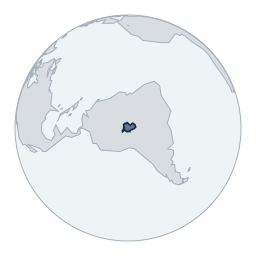 Rondônia on an orthographic globe, rotated 308°
{"feature_id": "BRA-595", "entity_name": "Rondônia", "entity_type": "State", "adm_level": 1, "iso_a3": "BRA", "parent_name": "Brazil", "parent_adm1": "", "projection": "orthographic", "projection_center": [-63.452, -10.832], "detail": "fine", "context": "on_globe", "style": "filled", "palette": "slate", "viewbox_px": 256, "rotation_deg": 308, "n_neighbors": 0, "source": "natural_earth", "source_scale": "10m", "svg_char_len": 8201}
<svg xmlns="http://www.w3.org/2000/svg" viewBox="0 0 256 256"><g transform="rotate(308 128 128)"><circle cx="128" cy="128" r="113" fill="#eef3f6" stroke="#a8b0b8"/><path d="M94.8,20.4L97.1,20.2L99.2,19.5L101.6,19.3L104.9,18.6L104.5,19.1L107.4,18.2L107.1,17.9L108.3,17.5L110.1,17.2L110.0,17.6L109.1,17.8L110.0,17.8L109.2,18.2L110.7,17.8L110.3,18.5L113.4,17.4L115.5,17.6L114.5,18.2L111.0,18.7L100.0,22.5L97.9,23.9L98.5,25.0L107.2,25.8L106.4,27.3L108.0,29.1L110.1,27.7L109.6,26.0L113.9,24.3L112.8,22.8L114.4,22.0L114.8,20.5L118.6,20.3L122.2,21.0L122.1,22.4L123.7,22.8L126.9,21.4L129.8,24.2L137.0,26.8L137.3,27.8L132.3,29.4L124.3,29.4L117.7,33.0L125.9,30.4L126.6,33.5L128.4,34.0L130.6,33.8L131.9,32.7L133.0,33.8L125.3,36.4L124.2,35.4L126.7,34.5L122.9,34.7L117.7,37.1L118.5,38.8L109.8,41.7L110.2,43.0L108.6,44.6L108.5,42.2L108.5,46.8L98.5,53.1L98.3,62.6L94.2,55.6L90.1,55.2L85.1,56.0L84.9,57.5L78.5,57.3L72.2,61.5L69.2,69.6L70.8,75.4L78.0,74.5L80.5,70.7L86.1,69.3L81.4,79.3L90.9,79.7L89.5,87.2L92.2,90.9L97.2,89.5L102.2,91.0L106.0,86.4L112.1,83.7L112.1,89.9L115.6,84.1L118.8,87.0L131.0,86.6L130.1,88.0L140.3,95.6L151.6,99.3L154.2,104.1L152.9,106.9L156.8,108.0L156.9,109.9L172.8,114.2L181.0,120.0L180.8,126.9L174.0,134.3L168.0,151.2L155.8,156.1L152.9,163.1L143.6,173.3L136.2,172.2L138.5,177.6L134.5,180.7L129.7,180.9L129.0,184.7L125.5,184.7L128.0,187.2L122.7,192.2L124.7,196.3L120.9,200.3L122.4,202.7L120.8,202.7L119.3,203.6L119.3,204.9L114.3,202.8L112.3,197.4L113.8,194.6L111.7,194.2L114.6,187.1L112.5,188.6L112.2,178.2L114.8,169.6L115.6,145.6L113.0,141.0L104.3,136.0L93.8,119.8L96.4,112.8L94.2,109.9L101.4,100.1L99.7,91.7L97.1,90.7L94.5,94.1L86.1,89.6L83.3,83.7L59.2,77.9L57.1,75.5L57.7,70.8L53.3,58.5L53.5,70.9L51.1,69.0L49.9,64.9L51.4,63.3L51.8,57.2L50.1,55.7L52.9,48.6L62.2,38.8L62.2,39.6L64.4,37.4L64.5,36.4L64.1,36.4L71.9,30.3L72.0,30.3L79.4,26.4L87.0,23.1L94.8,20.4ZM97.4,66.0L108.3,70.1L101.8,71.1L103.1,70.1L100.4,68.3L95.3,66.9L89.7,68.5L97.4,66.0ZM103.0,60.2L101.1,59.9L103.0,59.8L103.0,60.2ZM63.5,36.6L64.3,36.6L63.3,38.1L62.4,38.2L63.5,36.6ZM65.6,34.4L66.7,33.8L64.1,35.7L64.3,35.4L65.6,34.4ZM112.6,20.8L113.7,20.7L113.1,21.0L112.6,20.8ZM111.8,20.4L110.3,20.9L109.7,20.7L110.6,20.4L111.8,20.4ZM113.7,19.8L108.8,20.5L107.8,20.3L110.3,19.1L113.7,19.8ZM106.2,18.0L106.6,18.3L104.5,18.4L106.2,18.0ZM102.9,18.2L104.1,18.0L103.0,18.3L105.4,17.7L104.6,18.3L96.5,20.0L96.8,19.8L99.5,19.1L98.6,19.3L102.9,18.2ZM108.6,17.4L106.9,17.7L107.1,17.4L110.4,16.9L109.3,17.1L108.6,17.4ZM110.2,17.0L112.1,16.6L113.8,16.5L110.2,17.2L110.2,17.0ZM105.7,17.7L105.9,17.6L106.9,17.4L105.7,17.7ZM120.6,16.2L118.6,16.3L118.6,16.1L120.6,16.2ZM112.7,16.5L112.1,16.6L111.9,16.6L113.5,16.3L112.7,16.5ZM109.0,17.0L108.9,17.0L109.0,17.0ZM114.3,16.2L115.8,16.1L119.6,15.8L113.7,16.4L114.3,16.2L114.3,16.2ZM112.3,16.5L113.1,16.3L112.4,16.5L110.6,16.7L111.2,16.6L112.3,16.5ZM122.8,207.4L114.8,203.6L119.2,205.3L121.8,203.1L126.2,206.1L122.8,207.4ZM130.7,201.9L134.0,200.9L135.0,201.5L132.9,202.5L130.7,201.9ZM207.4,48.1L204.5,45.3L206.5,47.4L211.4,52.3L212.6,53.7L215.3,56.9L212.6,53.7L204.7,46.0L203.5,46.3L207.2,53.8L205.4,54.0L201.4,51.8L194.7,43.4L199.6,44.0L197.2,41.6L191.7,37.7L193.6,38.4L191.9,37.0L193.3,37.3L190.8,34.8L191.5,35.1L186.2,31.5L188.0,32.7L189.1,33.4L191.8,35.1L199.9,41.3L207.4,48.1ZM182.9,29.7L177.2,26.7L182.9,29.7ZM226.6,182.4L224.2,186.3L221.4,189.5L220.3,187.6L222.9,183.5L226.3,174.7L232.3,154.5L235.4,146.4L236.4,139.7L235.3,123.7L235.7,116.0L234.7,112.3L233.1,112.3L231.6,108.0L230.4,107.4L220.5,107.6L215.8,101.8L206.1,85.6L206.7,80.0L203.8,73.2L205.1,54.1L208.8,56.0L213.6,56.0L214.8,57.1L217.9,61.6L224.5,69.9L223.8,68.7L227.7,75.6L231.1,82.7L234.1,90.1L236.5,97.7L238.4,105.4L239.7,113.3L240.4,121.2L240.6,129.1L240.3,137.0L239.4,144.9L237.9,152.7L235.9,160.4L233.3,168.0L230.2,175.3L226.6,182.4ZM208.6,63.9L209.5,65.8L208.6,63.9ZM131.4,86.6L132.9,87.8L130.9,87.8L131.4,86.6ZM100.8,73.6L103.1,73.5L104.3,74.4L102.5,74.8L100.8,73.6ZM121.2,72.8L124.0,73.3L121.0,73.8L121.2,72.8ZM110.1,70.7L118.9,72.7L113.2,74.6L107.6,73.5L111.5,72.8L110.1,70.7ZM101.6,63.4L103.0,63.7L102.5,64.7L101.6,63.4ZM104.4,60.1L103.8,60.2L103.2,59.4L104.4,60.1ZM127.1,33.3L127.7,33.1L130.0,33.2L128.8,33.7L127.1,33.3ZM140.5,31.3L141.9,33.3L140.1,32.1L138.8,32.9L133.3,31.8L137.2,28.2L136.4,29.9L140.5,31.3ZM127.1,29.7L130.1,30.5L126.6,29.8L127.1,29.7ZM181.3,30.4L183.3,31.3L184.9,32.6L184.0,33.2L181.6,31.3L181.3,30.4ZM185.6,32.4L178.7,28.3L179.0,28.1L180.0,28.9L180.9,29.1L182.8,30.4L189.9,34.6L191.8,36.1L189.0,35.8L188.8,34.9L186.9,34.0L185.6,32.4ZM160.4,21.4L157.4,20.5L161.9,21.0L164.2,21.9L163.4,22.3L160.2,21.6L160.4,21.4ZM119.2,17.9L117.7,18.1L117.8,17.9L119.0,17.6L119.2,17.9ZM119.7,16.3L125.5,17.1L124.2,17.3L129.2,18.0L127.6,18.8L124.4,18.2L126.9,19.6L123.4,19.5L125.5,20.4L118.5,19.1L115.4,19.3L119.5,18.7L121.0,17.9L120.8,17.6L117.8,17.0L111.9,17.4L112.5,16.9L114.5,16.5L116.0,16.3L115.2,16.6L117.8,16.2L117.7,16.5L119.7,16.3ZM147.4,17.0L147.6,17.1L149.2,17.4L148.7,17.4L150.7,17.8L149.4,17.6L152.8,18.4L150.0,17.8L151.0,18.2L153.2,18.5L146.8,19.3L146.2,20.6L147.3,22.2L142.4,21.4L138.2,19.7L135.2,17.9L136.4,17.0L134.0,17.0L133.8,16.6L135.8,16.8L132.7,16.4L133.1,16.2L130.4,15.6L125.6,15.5L124.5,15.5L126.6,15.4L124.0,15.4L126.6,15.4L137.0,15.7L147.4,17.0ZM123.3,15.5L120.1,15.7L116.4,16.0L117.7,15.8L118.1,15.8L119.1,15.7L118.7,15.7L123.3,15.5ZM214.0,55.7L214.5,56.1L214.8,56.4L216.6,58.6L214.0,55.7ZM208.7,50.4L208.9,50.4L211.6,53.3L211.0,53.0L208.7,50.4ZM206.7,48.0L208.7,50.1L207.3,48.8L206.7,48.0Z" fill="#d9dde1" stroke="#a8b0b8" stroke-width="1"/><path d="M124.2,127.1L124.3,127.1L124.4,126.9L124.5,126.8L124.4,126.7L124.4,126.4L124.4,126.2L124.3,125.8L124.2,125.8L124.2,125.7L124.1,125.8L124.0,126.0L123.9,126.0L123.7,126.0L123.6,125.9L123.4,125.9L123.4,126.0L123.4,125.9L123.3,126.0L123.2,125.9L123.0,126.0L122.9,126.0L122.7,126.0L122.4,126.1L122.2,126.2L121.8,126.2L121.5,126.1L121.6,125.9L121.8,125.8L121.9,125.7L122.0,125.7L122.3,125.4L122.3,125.2L122.5,125.2L122.8,125.3L123.1,125.2L123.2,125.3L123.3,125.4L123.5,125.5L123.7,125.4L123.9,125.2L124.0,125.2L124.1,125.3L124.2,125.2L124.3,125.1L124.6,124.9L124.6,125.0L124.8,125.3L124.9,125.2L125.0,125.1L125.1,124.9L125.1,124.7L125.3,124.5L125.4,124.4L125.5,124.4L125.8,124.5L125.8,124.4L126.0,124.3L126.4,124.3L126.5,124.3L126.7,124.1L126.7,123.8L126.8,123.8L127.0,123.7L127.1,123.4L126.9,123.3L127.0,123.3L127.0,123.2L127.3,123.0L127.4,122.9L127.5,122.8L127.7,122.7L127.8,122.7L127.7,122.6L127.8,122.4L129.1,122.5L129.4,122.5L129.5,122.7L129.5,122.8L129.7,123.0L129.8,123.2L130.0,123.1L130.1,123.3L130.2,123.6L130.3,123.6L130.5,123.6L130.5,123.8L130.6,124.0L130.8,124.0L131.0,124.2L131.1,123.9L131.3,123.9L131.6,123.8L131.6,124.0L131.8,124.1L131.7,124.4L131.7,124.6L131.7,124.8L131.6,125.0L131.7,125.3L131.7,125.5L131.8,125.6L131.7,125.8L131.7,126.0L131.7,126.3L131.6,126.5L131.7,126.8L131.7,127.1L131.8,127.2L131.8,127.7L131.8,127.8L131.7,127.9L131.8,128.1L131.7,128.3L131.8,128.3L133.8,128.4L133.8,128.5L134.0,128.6L134.3,128.6L134.5,128.6L134.7,128.8L134.8,129.1L134.7,129.2L134.7,129.3L134.5,129.5L134.4,129.5L134.4,129.8L134.5,129.9L134.5,130.0L134.7,130.4L134.8,130.4L134.8,130.5L134.8,130.8L134.9,131.0L135.0,131.1L134.8,131.6L134.6,131.7L134.5,132.1L134.4,132.2L134.2,132.2L134.1,132.4L134.1,132.5L133.9,132.8L133.9,133.1L133.7,133.2L133.3,133.5L133.2,133.6L132.9,133.4L132.6,133.3L132.6,133.2L132.4,133.2L132.4,133.3L132.2,133.3L132.0,133.2L131.8,133.3L131.7,133.4L131.4,133.3L131.2,133.3L131.0,133.2L130.9,133.1L130.7,132.9L130.6,132.6L130.4,132.5L130.2,132.5L129.9,132.4L129.7,132.4L129.5,132.2L129.4,132.2L129.3,132.3L129.2,132.2L128.9,132.0L128.9,131.9L128.8,131.7L128.7,131.6L128.4,131.7L128.2,131.6L128.0,131.4L127.9,131.4L127.7,131.3L127.6,131.2L127.3,131.2L127.2,131.2L127.1,131.4L126.9,131.4L126.7,131.3L126.5,131.2L126.4,131.3L126.4,131.2L126.2,131.2L126.0,130.9L125.9,130.7L125.7,130.7L125.4,130.4L125.2,130.3L125.0,130.2L124.9,129.9L124.8,129.7L124.7,129.8L124.6,129.7L124.6,129.4L124.4,129.3L124.3,129.1L124.3,128.9L124.2,128.7L124.3,128.6L124.4,128.4L124.4,128.2L124.2,128.0L124.2,127.9L124.3,127.9L124.3,127.7L124.2,127.6L124.2,127.4L124.3,127.2L124.2,127.1Z" fill="#64748b" stroke="#1e293b" stroke-width="1.5"/></g></svg>